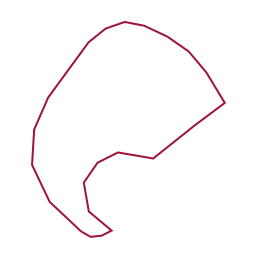 the border of São Filipe, rotated 86°
{"feature_id": "CPV-5042", "entity_name": "São Filipe", "entity_type": "state/province", "adm_level": 1, "iso_a3": "CPV", "parent_name": "Cabo Verde", "parent_adm1": "", "projection": "albers", "projection_center": [-24.4, 14.921], "detail": "fine", "context": "isolated", "style": "outline", "palette": "rose", "viewbox_px": 256, "rotation_deg": 86, "n_neighbors": 0, "source": "natural_earth", "source_scale": "10m", "svg_char_len": 440}
<svg xmlns="http://www.w3.org/2000/svg" viewBox="0 0 256 256"><g transform="rotate(86 128 128)"><path d="M229.2,151.5L233.6,162.0L234.0,172.8L227.9,182.0L196.2,211.3L158.0,226.3L123.0,221.7L92.0,205.5L39.8,161.4L27.3,143.5L22.0,124.0L27.1,104.7L39.7,82.2L55.9,62.1L78.0,46.0L109.7,29.7L130.4,61.8L160.2,105.0L156.1,121.6L151.7,139.7L160.5,160.8L179.4,175.9L208.6,172.9L229.2,151.5Z" fill="none" stroke="#9f1239" stroke-width="2"/></g></svg>